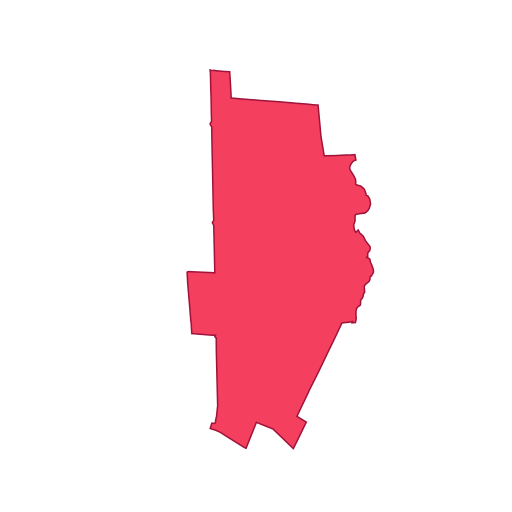 outline of Berceni, Ilfov, Romania, rotated 233°
{"feature_id": "2599482B94303323643725", "entity_name": "Berceni", "entity_type": "district", "adm_level": 2, "iso_a3": "ROU", "parent_name": "Romania", "parent_adm1": "Ilfov", "projection": "natural_earth1", "projection_center": [26.206, 44.313], "detail": "fine", "context": "isolated", "style": "filled", "palette": "rose", "viewbox_px": 512, "rotation_deg": 233, "n_neighbors": 0, "source": "geoboundaries", "source_scale": "gbopen_adm2", "svg_char_len": 3599}
<svg xmlns="http://www.w3.org/2000/svg" viewBox="0 0 512 512"><g transform="rotate(233 256 256)"><path d="M339.2,396.4L341.2,394.0L342.7,392.3L343.3,391.7L345.5,389.4L346.9,387.9L348.9,385.6L351.4,382.8L352.2,381.9L353.0,380.8L353.9,379.9L354.6,379.1L355.7,377.9L357.3,376.2L360.3,372.8L363.3,369.5L364.9,367.7L367.7,364.5L369.4,362.6L371.0,360.7L372.8,358.7L374.7,356.4L375.8,355.3L376.5,354.4L378.9,351.6L379.7,350.8L379.9,350.7L380.1,350.4L380.7,349.7L382.6,347.6L384.5,345.3L386.5,343.1L387.9,341.5L390.9,338.1L393.9,334.9L396.2,332.2L397.0,331.2L406.6,337.7L419.0,345.9L421.4,343.0L423.1,341.0L423.3,340.8L427.8,335.8L428.9,334.8L429.0,334.8L429.1,334.7L430.6,332.5L431.2,331.8L432.2,331.4L432.3,331.3L431.4,330.8L431.2,330.7L429.6,329.7L426.1,327.2L418.6,321.8L417.4,321.0L415.1,319.3L412.8,317.7L412.7,317.6L411.9,317.1L408.8,314.9L397.8,306.9L397.3,306.5L392.3,303.0L390.2,301.4L389.9,300.8L389.7,299.7L389.4,299.1L388.6,298.6L387.1,298.4L386.2,298.5L385.3,298.0L384.2,297.2L370.5,287.2L336.7,262.8L319.6,250.4L309.8,243.6L309.5,243.2L309.4,242.1L309.3,241.7L308.9,241.3L308.1,240.9L307.8,241.0L307.3,241.0L306.2,240.7L305.6,240.5L267.4,213.0L284.1,192.8L284.6,191.8L284.5,191.2L275.3,185.0L264.5,178.2L253.8,171.5L243.5,164.9L243.2,165.0L232.7,158.0L225.7,165.9L223.9,167.9L218.8,173.7L217.3,175.8L217.2,175.2L217.0,174.9L216.5,174.7L215.8,174.5L215.3,174.6L214.9,174.7L214.6,175.0L203.4,166.7L159.0,134.9L158.3,134.1L151.5,127.8L151.2,127.3L150.9,127.0L148.9,124.6L148.2,124.4L147.1,122.4L149.1,120.1L145.8,115.6L141.3,118.8L136.8,121.3L131.7,123.2L127.9,124.6L124.5,125.9L119.0,128.0L115.1,129.5L114.0,130.0L112.2,130.6L110.7,131.2L108.4,132.3L122.9,156.2L112.5,162.5L107.7,165.4L93.7,167.7L79.7,169.9L86.2,182.8L93.1,196.2L103.3,192.2L108.8,202.7L114.0,212.8L117.3,218.9L119.8,224.0L126.0,236.5L130.4,245.0L136.1,256.0L143.7,270.9L150.8,284.3L146.6,291.4L145.7,293.5L145.2,293.1L144.8,292.5L143.0,295.4L145.4,298.0L146.2,298.8L147.8,299.7L151.5,302.4L153.3,304.4L154.0,306.2L154.1,307.5L154.0,308.2L153.9,309.4L154.4,310.2L155.9,311.6L157.6,312.8L157.9,313.8L158.2,315.0L158.8,316.5L159.3,317.2L160.2,318.1L160.9,318.9L161.3,319.7L161.4,320.3L161.6,320.9L162.0,321.2L163.3,322.1L165.3,323.3L166.1,323.8L166.6,324.4L166.9,324.9L167.1,325.0L167.2,325.4L167.4,326.4L167.5,328.0L167.6,330.0L167.7,331.0L168.0,331.7L168.4,332.4L168.7,332.9L169.4,333.5L170.1,334.0L170.8,334.7L170.6,336.0L170.6,336.4L171.1,337.1L171.6,338.5L172.1,339.7L173.1,340.7L174.9,341.7L176.5,342.2L179.5,343.1L180.9,343.4L182.1,343.7L183.0,343.8L183.5,344.4L183.8,344.6L185.3,345.0L187.7,344.1L188.0,343.5L188.4,343.7L188.0,344.2L187.9,344.6L191.0,346.9L191.6,348.6L191.7,349.8L193.0,351.5L194.4,352.5L194.8,352.7L202.2,352.6L204.5,353.1L207.5,353.6L209.0,353.2L209.6,353.2L210.8,353.0L211.8,352.6L215.0,353.3L215.3,353.3L214.8,350.0L217.6,350.2L217.7,350.4L218.9,350.9L222.1,352.8L223.8,355.3L224.1,355.8L224.9,356.6L228.6,359.4L229.1,361.0L226.7,365.5L224.8,368.6L224.7,370.4L225.1,373.3L225.3,373.7L226.1,375.5L226.8,376.3L227.2,376.9L227.6,377.4L228.2,378.4L228.6,378.7L229.2,379.1L230.3,379.8L231.5,380.3L232.8,381.0L233.3,381.2L233.6,381.2L235.1,381.3L235.6,381.4L235.8,381.5L236.1,381.5L236.4,381.5L236.8,381.4L237.0,381.3L237.4,381.0L238.4,380.6L238.7,380.8L240.0,381.5L242.2,382.2L244.6,382.7L248.8,381.8L251.9,379.4L253.1,378.8L253.8,379.0L254.7,380.0L257.1,381.5L260.5,382.3L268.2,383.0L269.4,383.5L270.8,384.6L271.8,386.2L273.1,389.7L273.1,391.9L272.5,393.5L277.4,396.0L280.0,392.0L283.3,387.5L288.8,379.3L295.0,370.8L312.3,379.8L339.2,396.4Z" fill="#f43f5e" stroke="#9f1239" stroke-width="1.5"/></g></svg>